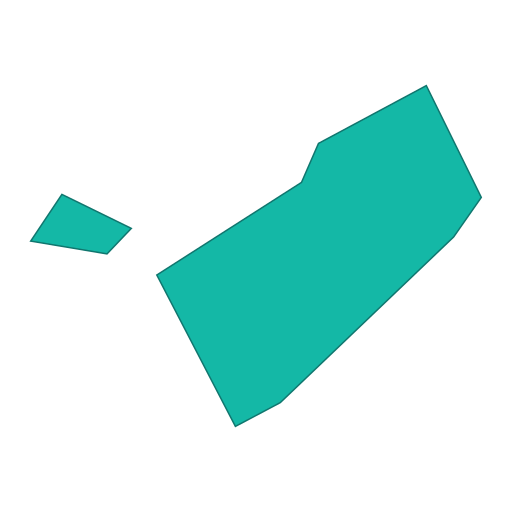 an SVG outline of Paget
{"feature_id": "BMU-5138", "entity_name": "Paget", "entity_type": "state/province", "adm_level": 1, "iso_a3": "BMU", "parent_name": "Bermuda", "parent_adm1": "", "projection": "natural_earth1", "projection_center": [-64.789, 32.281], "detail": "fine", "context": "isolated", "style": "filled", "palette": "teal", "viewbox_px": 512, "rotation_deg": 0, "n_neighbors": 0, "source": "natural_earth", "source_scale": "10m", "svg_char_len": 297}
<svg xmlns="http://www.w3.org/2000/svg" viewBox="0 0 512 512"><path d="M156.8,275.0L301.5,182.4L318.5,143.4L426.3,85.6L481.3,197.4L453.7,236.9L280.3,402.6L235.4,426.4L156.8,275.0ZM61.9,194.4L131.3,228.4L107.0,253.9L30.7,241.1L61.9,194.4Z" fill="#14b8a6" stroke="#0f766e" stroke-width="1.5"/></svg>